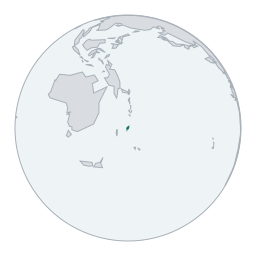 the Earth from above Sanma, rotated 55°
{"feature_id": "VUT-561", "entity_name": "Sanma", "entity_type": "Province", "adm_level": 1, "iso_a3": "VUT", "parent_name": "Vanuatu", "parent_adm1": "", "projection": "orthographic", "projection_center": [166.941, -15.188], "detail": "fine", "context": "on_globe", "style": "filled", "palette": "teal", "viewbox_px": 256, "rotation_deg": 55, "n_neighbors": 0, "source": "natural_earth", "source_scale": "10m", "svg_char_len": 6195}
<svg xmlns="http://www.w3.org/2000/svg" viewBox="0 0 256 256"><g transform="rotate(55 128 128)"><circle cx="128" cy="128" r="113" fill="#eef3f6" stroke="#a8b0b8"/><path d="M152.5,130.5L152.6,131.3L152.4,131.4L152.5,130.5ZM225.6,71.8L221.7,65.6L229.8,79.8L230.7,81.6L229.0,78.3L225.5,72.0L225.1,71.0L219.5,62.6L216.4,58.9L208.0,49.5L197.8,39.7L200.3,41.7L197.5,39.4L194.3,37.0L192.8,36.0L179.0,27.7L167.4,23.0L166.1,23.3L164.5,22.2L163.8,24.3L159.1,24.5L162.9,23.3L162.2,22.6L158.2,22.0L156.6,21.2L153.8,20.5L152.2,19.7L154.6,19.5L153.6,19.0L150.9,18.7L147.6,17.9L151.7,18.4L146.4,17.2L149.4,17.4L157.2,19.2L164.9,21.6L172.4,24.5L179.7,27.9L186.7,31.9L193.4,36.3L199.8,41.2L205.8,46.5L211.4,52.3L216.6,58.5L221.3,65.0L225.6,71.8ZM192.7,70.6L191.9,68.3L193.7,69.9L192.7,70.6ZM190.5,66.9L190.9,67.6L190.4,67.0L190.5,66.9ZM189.4,66.3L190.2,66.7L189.4,66.5L189.4,66.3ZM188.1,66.0L188.8,66.1L188.7,66.1L188.1,66.0ZM185.8,64.7L185.2,64.3L185.8,64.2L185.8,64.7ZM192.4,35.8L194.4,37.1L197.9,39.7L196.5,38.7L192.4,35.8ZM185.4,31.5L185.9,31.6L188.9,33.6L187.7,32.9L185.4,31.5ZM165.6,23.9L167.5,24.3L166.2,24.3L165.6,23.9ZM153.7,20.6L153.6,20.8L152.2,20.4L153.7,20.6ZM148.4,18.9L146.1,18.3L148.9,18.8L148.4,18.9ZM145.0,18.0L139.3,17.0L138.8,17.3L137.1,16.2L142.5,17.2L146.0,17.7L144.4,17.6L145.0,18.0ZM137.1,15.9L136.1,15.8L137.7,15.9L137.1,15.9ZM106.6,17.4L106.4,17.5L107.8,17.2L108.2,17.1L111.7,16.6L112.1,16.5L113.2,16.3L122.9,15.7L123.9,15.9L129.9,16.0L130.7,16.0L130.3,15.8L137.1,16.2L138.8,17.3L136.8,17.4L139.1,18.3L134.3,18.4L131.3,19.2L124.6,19.2L122.9,20.1L124.1,20.4L122.5,22.2L115.5,25.2L116.2,21.2L125.8,17.9L121.4,18.9L120.9,18.4L118.4,18.6L115.5,19.6L116.1,19.9L103.7,21.0L93.7,24.8L98.0,24.5L98.2,25.8L90.6,31.5L73.0,41.0L73.1,44.2L71.4,46.5L67.7,48.1L70.0,44.7L68.4,43.7L70.3,41.8L65.1,43.8L67.5,41.1L62.2,44.3L61.5,46.2L65.2,45.2L59.6,49.5L60.2,53.1L57.5,58.3L47.2,68.8L40.9,73.0L39.9,74.9L38.9,73.4L35.2,77.8L35.5,87.4L34.7,90.6L29.9,97.9L30.2,95.6L27.3,91.5L25.1,99.5L27.2,104.6L27.9,112.0L25.6,110.6L25.1,104.2L24.1,102.6L25.5,95.7L26.9,86.6L24.6,89.6L25.9,85.6L27.4,79.1L24.8,83.4L20.7,93.6L23.5,86.0L26.7,78.7L30.5,71.6L34.8,64.8L39.5,58.3L44.7,52.2L50.3,46.5L56.3,41.1L62.7,36.2L69.4,31.8L76.4,27.9L83.6,24.5L91.1,21.6L98.8,19.2L106.6,17.4ZM17.5,106.3L17.3,107.0L17.5,106.3ZM54.3,212.3L55.7,213.1L56.0,213.7L54.3,212.3ZM45.5,126.6L48.0,126.7L48.0,127.2L45.5,126.6ZM42.8,125.2L45.5,124.9L42.5,126.4L42.8,125.2ZM46.6,124.8L49.3,123.3L50.5,122.3L50.4,123.4L46.6,124.8ZM41.1,125.5L32.7,127.5L29.6,127.0L30.1,124.9L35.0,123.9L41.1,125.5ZM29.9,124.9L25.6,121.1L21.6,108.4L23.0,107.7L27.5,114.5L27.2,116.2L29.8,119.4L29.9,124.9ZM41.3,112.0L40.9,117.0L36.0,117.6L34.0,117.4L32.5,111.6L33.3,108.3L34.9,107.9L42.6,96.0L45.0,98.0L42.3,102.8L44.4,106.5L41.3,112.0ZM17.2,107.8L16.5,113.3L16.2,115.0L17.2,107.8ZM46.7,88.4L42.9,93.3L46.7,87.0L46.7,88.4ZM49.5,82.7L49.2,84.9L48.4,83.0L49.5,82.7ZM38.9,77.8L37.1,78.8L37.6,77.3L40.1,75.2L38.9,77.8ZM55.4,62.8L53.6,66.9L52.6,68.4L52.7,66.1L55.4,62.8ZM135.6,177.1L138.7,178.6L136.7,182.2L133.0,185.6L127.6,186.1L135.6,177.1ZM98.9,182.9L95.7,178.2L100.8,178.0L101.2,182.1L98.9,182.9ZM138.4,174.6L140.1,170.8L137.8,165.3L141.1,170.5L145.9,171.6L140.1,178.5L138.4,174.6ZM72.1,164.3L58.5,174.6L54.7,174.0L53.8,170.3L46.6,160.1L47.7,160.1L44.7,153.2L51.6,145.3L56.0,133.2L62.0,133.4L65.3,125.1L72.1,125.4L71.2,131.8L79.7,136.0L82.2,121.7L90.6,137.2L98.9,143.2L105.0,153.9L101.9,171.6L97.2,175.0L94.8,173.2L93.2,175.0L88.7,174.1L83.3,168.0L81.9,169.9L82.0,165.4L80.5,169.4L76.8,165.7L72.1,164.3ZM122.6,137.7L124.5,138.4L128.3,141.7L125.3,140.7L122.6,137.7ZM148.0,132.8L149.5,134.4L147.4,134.3L148.0,132.8ZM152.4,131.4L149.8,131.4L152.5,130.5L152.4,131.4ZM128.5,129.4L129.7,130.5L129.1,130.8L128.5,129.4ZM127.7,128.9L128.3,127.5L128.6,129.1L127.7,128.9ZM117.9,119.5L118.7,118.9L119.2,119.5L117.9,119.5ZM51.7,126.3L54.9,121.9L57.0,121.4L51.7,126.3ZM116.2,117.7L113.9,117.3L114.0,116.6L116.2,117.7ZM116.1,115.9L115.7,114.7L117.5,117.5L116.1,115.9ZM111.3,112.9L114.4,115.2L111.0,113.1L111.3,112.9ZM109.7,113.0L107.7,112.0L107.8,111.7L109.7,113.0ZM89.8,113.2L97.0,120.1L91.8,119.7L85.8,115.4L82.2,119.1L73.4,118.5L75.1,116.1L73.6,112.5L65.2,111.4L63.5,109.2L66.3,107.5L61.1,106.0L66.7,104.7L69.3,109.3L72.6,105.6L78.8,106.4L85.3,108.1L91.0,111.8L89.8,113.2ZM67.3,115.0L68.3,114.9L67.5,116.4L67.3,115.0ZM103.9,109.0L106.8,111.6L106.5,112.2L105.2,111.7L103.9,109.0ZM92.2,111.1L98.2,107.5L99.7,107.7L95.8,111.9L92.2,111.1ZM96.5,104.9L99.5,105.6L101.2,108.0L100.6,108.5L96.5,104.9ZM55.8,111.3L55.7,112.7L54.3,111.8L55.8,111.3ZM57.5,110.4L61.8,111.5L57.2,111.6L57.5,110.4ZM45.9,107.3L47.0,110.2L50.3,107.8L47.8,110.9L50.3,115.6L49.7,117.7L47.1,112.5L46.7,118.3L45.2,118.4L44.2,113.7L45.5,107.6L46.9,105.0L53.1,103.3L45.9,107.3ZM57.4,106.7L56.3,103.3L57.2,101.0L58.3,102.7L57.4,106.7ZM53.7,95.4L51.4,91.9L48.9,93.7L54.4,87.8L55.6,92.1L53.7,95.4ZM52.5,87.4L50.1,88.9L52.8,85.6L52.5,87.4ZM49.8,87.8L50.0,85.2L51.6,85.3L49.8,87.8ZM53.6,87.3L54.8,82.9L55.2,85.4L53.6,87.3ZM50.5,79.6L53.2,83.3L48.9,82.2L50.9,74.1L52.9,73.6L50.5,79.6ZM75.1,48.7L75.8,46.9L78.2,46.3L77.0,47.7L75.1,48.7ZM86.6,43.9L79.1,45.6L73.1,47.6L74.0,48.3L70.9,51.6L70.6,48.8L76.2,45.1L80.4,44.3L82.9,41.8L87.1,40.2L89.1,37.3L91.5,36.2L91.0,38.6L86.6,43.9ZM89.8,36.2L94.7,31.7L98.3,32.4L98.1,33.5L94.3,35.2L92.6,34.7L89.8,36.2ZM97.0,30.9L95.4,30.4L99.3,24.9L101.0,24.0L100.0,28.1L98.4,28.0L96.8,29.4L97.0,30.9ZM135.5,15.8L136.1,15.8L136.4,15.9L135.5,15.8ZM115.0,16.1L114.2,16.2L115.0,16.1Z" fill="#d9dde1" stroke="#a8b0b8" stroke-width="1"/><path d="M128.4,128.7L128.3,128.8L128.2,128.8L127.9,128.8L127.7,128.9L127.6,128.7L127.4,128.5L127.4,128.4L127.4,128.2L127.4,127.9L127.4,127.7L127.2,127.5L127.2,127.3L127.2,127.2L127.3,127.0L127.3,126.9L127.4,127.0L127.5,127.1L127.6,127.3L127.7,127.5L127.7,127.9L127.8,127.9L128.0,127.9L128.1,127.6L128.3,127.5L128.2,127.5L128.2,127.8L128.3,127.9L128.4,128.1L128.5,128.2L128.5,128.3L128.4,128.3L128.5,128.5L128.4,128.6L128.4,128.7ZM128.5,129.1L128.4,129.1L128.2,129.0L128.3,128.9L128.5,128.9L128.5,129.0L128.5,129.1ZM128.4,128.7L128.5,128.7L128.4,128.7L128.5,128.7L128.5,128.8L128.4,128.8L128.4,128.7Z" fill="#14b8a6" stroke="#0f766e" stroke-width="1.5"/></g></svg>